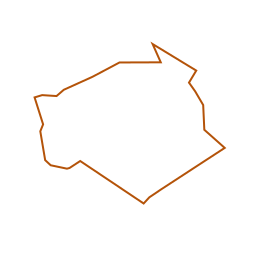 Franklin, Kentucky, United States of America, rotated 60°
{"feature_id": "52423323B23030090649603", "entity_name": "Franklin", "entity_type": "district", "adm_level": 2, "iso_a3": "USA", "parent_name": "United States of America", "parent_adm1": "Kentucky", "projection": "mercator", "projection_center": [-84.902, 38.234], "detail": "fine", "context": "isolated", "style": "outline", "palette": "amber", "viewbox_px": 256, "rotation_deg": 60, "n_neighbors": 0, "source": "geoboundaries", "source_scale": "gbopen_adm2", "svg_char_len": 445}
<svg xmlns="http://www.w3.org/2000/svg" viewBox="0 0 256 256"><g transform="rotate(60 128 128)"><path d="M67.6,64.7L87.5,66.8L67.0,102.6L65.9,133.1L62.8,164.5L64.6,173.9L56.6,185.9L54.8,193.6L82.4,199.7L87.0,205.6L114.4,215.8L121.6,213.6L132.7,201.2L133.4,198.6L132.7,185.9L201.2,152.2L198.7,144.2L197.7,129.9L193.6,54.2L167.7,62.8L145.7,51.4L129.9,51.5L119.2,52.5L112.4,40.2L67.6,64.7Z" fill="none" stroke="#b45309" stroke-width="2"/></g></svg>